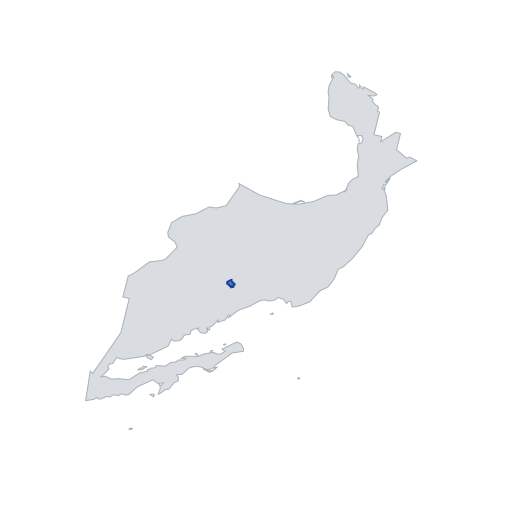 Nuevo Ideal, Durango, Mexico shown in context, rotated 284°
{"feature_id": "50627088B12062769498923", "entity_name": "Nuevo Ideal", "entity_type": "district", "adm_level": 2, "iso_a3": "MEX", "parent_name": "Mexico", "parent_adm1": "Durango", "projection": "robinson", "projection_center": [-105.12, 24.837], "detail": "fine", "context": "in_parent", "style": "filled", "palette": "blue", "viewbox_px": 512, "rotation_deg": 284, "n_neighbors": 0, "source": "geoboundaries", "source_scale": "gbopen_adm2", "svg_char_len": 5189}
<svg xmlns="http://www.w3.org/2000/svg" viewBox="0 0 512 512"><g transform="rotate(284 256 256)"><path d="M74.5,125.7L104.2,123.0L102.7,126.1L149.0,143.4L184.0,143.3L184.1,136.7L205.7,136.9L209.5,141.5L224.7,154.2L228.4,164.9L231.1,169.0L245.4,177.4L249.9,174.2L253.3,166.4L257.6,164.7L267.9,166.0L276.5,174.7L282.3,187.3L292.3,198.7L293.0,205.9L297.5,214.8L319.4,223.2L322.2,221.9L316.0,244.9L314.2,272.4L315.2,278.3L321.0,286.2L319.9,290.5L320.1,286.2L315.4,279.5L316.9,285.7L322.8,298.6L332.2,311.0L334.4,318.7L341.0,326.6L339.2,326.4L343.0,328.3L341.8,327.2L348.6,328.1L353.6,330.9L357.9,336.0L369.4,332.1L377.9,331.5L383.5,328.5L389.5,327.9L390.7,329.1L390.3,330.7L395.1,331.7L398.4,329.3L397.4,325.2L395.8,326.2L396.2,325.4L405.0,318.6L405.5,313.1L408.0,309.9L407.8,301.0L409.3,294.4L416.0,290.5L427.9,288.4L433.0,286.2L438.8,285.7L448.5,288.0L449.2,286.5L446.7,286.4L449.9,285.4L453.9,288.3L454.7,292.3L452.9,297.6L446.8,305.7L446.7,311.2L443.7,314.4L444.2,315.7L447.0,315.2L444.1,318.6L444.2,320.0L446.2,319.6L442.6,333.2L441.7,334.4L439.6,331.3L439.0,326.2L436.3,331.5L433.5,331.9L430.0,338.9L425.8,338.8L425.5,341.1L402.2,341.1L402.4,349.3L397.0,349.3L410.0,361.9L409.7,366.6L393.2,366.6L387.4,378.3L389.1,381.2L387.2,389.0L375.1,375.7L365.3,366.9L359.4,363.5L358.8,364.4L364.3,367.4L355.8,364.7L356.3,362.6L354.1,363.5L352.7,361.6L351.2,363.6L354.0,364.6L349.8,365.1L345.6,368.0L332.3,372.8L323.6,369.0L316.3,368.2L311.4,364.7L306.5,363.2L303.4,359.8L291.5,357.1L276.7,350.1L267.0,343.5L263.0,339.0L253.0,337.5L243.6,333.6L237.5,326.3L224.5,319.2L217.6,309.5L215.2,303.5L220.4,300.7L219.6,298.1L217.2,297.3L220.7,292.8L221.1,287.3L218.2,285.4L215.5,280.0L215.5,275.1L213.7,270.7L206.0,262.4L199.3,252.3L188.9,243.7L191.9,245.3L192.1,243.4L186.5,241.6L182.4,234.8L185.3,235.0L177.2,230.4L176.1,228.1L173.1,228.9L172.6,227.9L174.9,225.2L171.0,227.3L168.6,225.3L168.2,220.8L171.0,216.9L172.1,217.6L170.1,213.5L167.6,210.9L164.2,211.0L161.8,205.5L157.7,204.3L155.2,202.0L153.6,197.1L154.7,194.0L147.3,192.5L134.6,177.1L133.9,173.5L131.9,172.3L123.9,153.3L123.3,147.4L124.2,145.5L117.2,143.1L115.6,140.0L113.3,138.9L110.7,140.7L101.2,135.0L102.9,138.7L101.5,145.9L103.6,151.6L105.2,162.5L114.8,172.0L117.9,178.5L119.4,178.2L120.1,180.1L121.5,180.4L122.8,184.6L125.6,185.8L127.1,194.6L132.1,199.0L133.8,204.0L136.1,205.5L137.8,211.4L139.8,212.8L138.6,208.4L141.4,211.0L144.7,224.4L147.9,228.2L152.1,237.9L151.5,242.0L152.4,245.6L156.1,249.1L157.4,245.5L167.9,258.2L167.0,262.9L162.8,266.4L160.5,266.8L156.1,256.4L139.6,242.5L138.1,242.7L134.7,238.3L134.0,235.3L135.1,228.8L133.7,222.6L131.2,218.2L123.2,212.8L121.6,207.5L120.1,209.7L116.0,210.8L113.1,207.2L105.6,203.5L104.5,200.4L98.9,195.9L98.4,194.4L104.2,195.2L107.6,193.9L107.5,195.3L110.4,196.8L109.4,193.2L108.0,193.0L110.9,185.8L100.1,172.3L91.1,166.3L89.5,163.4L89.6,158.3L87.4,156.7L86.8,151.0L84.0,148.6L83.6,145.2L79.7,139.9L79.1,137.4L80.4,135.7L77.7,133.5L74.5,125.7ZM134.0,177.3L133.0,180.8L130.1,179.6L131.3,174.4L133.1,173.9L134.0,177.3ZM122.2,176.7L118.0,172.9L117.0,169.0L119.1,170.3L119.6,172.5L121.7,173.0L122.2,176.7ZM452.9,304.7L451.9,303.5L452.3,302.0L455.0,300.7L452.9,304.7ZM134.8,242.6L131.9,239.0L133.7,231.8L133.2,238.3L134.8,242.6ZM96.8,191.0L94.5,190.5L96.1,186.7L97.1,189.5L96.8,191.0ZM58.9,178.3L57.0,175.8L57.4,174.7L58.1,174.7L58.9,178.3ZM137.4,242.7L139.2,245.5L135.4,242.8L137.4,242.7ZM204.7,285.6L204.3,286.8L203.4,286.3L203.0,284.3L204.7,285.6ZM153.3,235.3L154.0,237.5L152.0,234.8L153.3,235.3ZM146.1,220.7L147.2,221.7L145.6,223.7L146.1,220.7ZM148.5,327.5L147.7,327.9L146.6,327.0L147.5,325.8L148.5,327.5ZM393.5,328.0L391.5,328.5L395.0,327.3L393.5,328.0ZM163.3,247.9L162.2,247.7L162.1,245.5L163.3,247.9Z" fill="#d9dde1" stroke="#a8b0b8" stroke-width="1"/><path d="M227.2,238.2L226.8,237.6L226.9,236.8L227.0,236.7L226.8,236.8L226.4,237.0L226.2,236.7L225.7,236.2L225.5,235.9L225.4,235.8L225.2,235.6L224.9,235.7L224.8,235.8L224.6,235.9L224.6,235.3L224.2,235.2L224.3,234.8L224.2,234.8L224.2,234.7L223.9,234.7L223.9,234.8L223.9,234.7L223.7,234.5L223.7,234.4L223.6,234.2L223.3,234.4L223.2,234.3L222.9,234.3L222.7,234.6L222.3,234.5L222.2,234.5L222.3,235.0L222.2,235.0L221.9,235.2L221.8,235.3L221.7,235.4L221.8,235.5L221.7,235.7L221.7,235.8L221.6,236.0L221.6,236.3L221.4,236.4L221.4,236.5L221.3,236.8L221.1,236.9L221.1,237.0L221.0,237.3L221.7,237.0L221.8,237.3L221.0,237.6L220.7,237.8L220.4,237.8L220.6,238.5L220.7,238.9L219.9,239.1L220.0,239.1L220.0,239.3L219.9,239.4L219.7,239.4L219.7,239.5L219.8,239.7L219.7,239.7L219.8,239.8L219.8,239.7L219.9,239.8L220.0,239.9L220.0,240.0L220.0,240.3L220.2,240.2L220.2,240.3L220.9,240.3L220.9,240.6L220.6,240.7L220.6,241.1L220.5,241.4L220.4,241.4L220.4,241.5L220.7,241.3L221.0,241.1L221.6,240.8L222.3,241.6L222.3,241.8L222.4,241.7L222.7,242.0L222.8,242.0L223.0,242.2L223.3,242.4L223.5,242.2L223.2,241.7L223.5,241.5L223.6,242.0L223.9,241.7L224.0,241.6L224.7,240.8L224.9,240.6L224.7,240.7L224.5,240.4L224.6,240.2L224.4,240.3L224.4,240.0L224.3,239.9L224.3,239.5L224.6,239.5L224.5,239.4L224.6,239.2L224.9,238.9L225.3,238.8L225.2,238.9L225.5,238.7L225.8,238.5L226.1,238.3L226.3,238.4L227.0,238.3L227.2,238.2Z" fill="#3b82f6" stroke="#1e3a8a" stroke-width="1.5"/></g></svg>